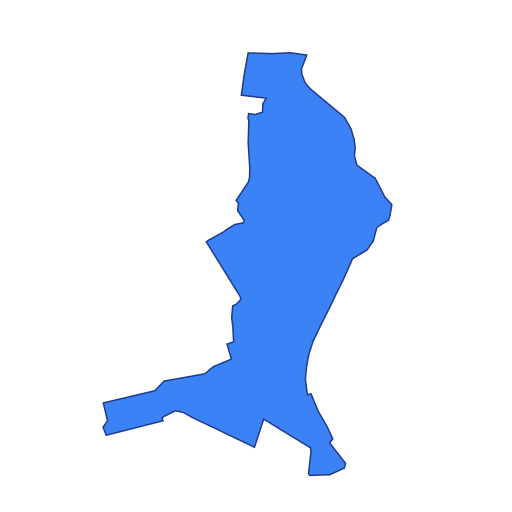 Rupea, Brasov, Romania (Albers equal-area conic projection), rotated 10°
{"feature_id": "2599482B2860524053107", "entity_name": "Rupea", "entity_type": "district", "adm_level": 2, "iso_a3": "ROU", "parent_name": "Romania", "parent_adm1": "Brasov", "projection": "albers", "projection_center": [25.275, 46.017], "detail": "fine", "context": "isolated", "style": "filled", "palette": "blue", "viewbox_px": 512, "rotation_deg": 10, "n_neighbors": 0, "source": "geoboundaries", "source_scale": "gbopen_adm2", "svg_char_len": 1382}
<svg xmlns="http://www.w3.org/2000/svg" viewBox="0 0 512 512"><g transform="rotate(10 256 256)"><path d="M364.5,230.6L365.9,227.2L368.8,221.4L369.2,216.9L370.1,206.8L375.1,202.1L380.3,197.8L380.9,193.2L380.9,181.9L372.5,175.4L360.0,158.9L352.4,155.2L339.6,149.0L335.5,140.1L335.0,132.6L332.4,124.2L327.7,114.6L319.1,104.1L304.5,95.7L301.6,94.1L280.4,81.9L274.4,77.0L269.6,69.0L268.3,63.9L271.1,49.3L254.5,49.9L236.7,53.9L213.0,57.4L212.9,80.4L213.7,100.2L238.6,98.8L236.3,105.0L237.5,113.1L230.9,116.8L224.0,117.0L224.2,122.0L225.4,123.6L228.6,145.8L234.9,171.8L236.0,180.0L235.6,184.6L226.8,204.7L229.5,207.1L230.0,214.5L238.4,223.2L237.6,225.6L229.6,228.7L221.9,235.5L220.6,237.3L206.2,248.9L204.6,250.7L247.4,298.6L248.6,301.3L245.0,307.0L241.7,309.1L242.8,321.2L245.6,330.2L248.2,341.6L248.9,344.4L242.8,347.8L249.7,361.8L233.4,372.2L226.0,380.9L187.1,395.2L179.9,406.2L131.1,427.2L138.4,444.0L135.1,451.1L139.6,458.5L193.1,434.4L191.4,431.4L203.6,422.3L212.2,422.8L220.3,425.8L287.7,444.6L291.9,415.3L343.1,435.5L344.2,439.5L345.5,461.2L347.0,462.7L366.6,458.6L379.9,449.4L380.2,444.7L360.9,427.2L363.4,422.8L355.3,411.2L344.4,398.3L338.3,388.9L334.2,382.2L330.7,383.7L328.9,378.0L326.1,369.1L325.4,361.6L325.0,355.1L325.1,343.5L327.0,330.2L331.8,312.9L337.7,293.2L342.0,277.8L346.1,264.0L351.6,241.9L364.5,230.6Z" fill="#3b82f6" stroke="#1e3a8a" stroke-width="1.5"/></g></svg>